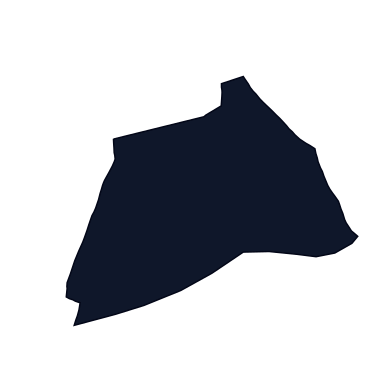 outline of Grande Riviere/Ingle Woods, Gros Islet, Saint Lucia, rotated 165°
{"feature_id": "8701671B99819358130632", "entity_name": "Grande Riviere/Ingle Woods", "entity_type": "district", "adm_level": 2, "iso_a3": "LCA", "parent_name": "Saint Lucia", "parent_adm1": "Gros Islet", "projection": "orthographic", "projection_center": [-60.956, 14.031], "detail": "fine", "context": "isolated", "style": "filled", "palette": "ink", "viewbox_px": 384, "rotation_deg": 165, "n_neighbors": 0, "source": "geoboundaries", "source_scale": "gbopen_adm2", "svg_char_len": 1428}
<svg xmlns="http://www.w3.org/2000/svg" viewBox="0 0 384 384"><g transform="rotate(165 192 192)"><path d="M340.3,93.7L339.2,93.7L324.9,93.7L297.5,93.7L267.7,94.9L228.3,99.8L193.8,108.4L158.0,120.7L133.0,114.6L106.8,104.7L88.9,97.4L69.8,96.1L50.7,101.1L43.4,106.3L46.1,110.3L48.1,113.1L50.2,119.6L51.1,122.3L51.7,125.8L51.9,132.4L52.5,137.0L52.7,141.2L53.0,145.2L55.3,151.5L56.6,154.7L58.2,159.2L59.2,163.3L60.0,169.4L60.5,173.1L60.8,178.1L61.7,182.2L62.4,188.6L62.2,192.5L62.4,197.2L62.1,202.0L65.9,206.2L67.1,207.4L69.3,209.5L71.6,212.1L74.4,215.3L77.9,220.8L79.5,224.2L82.0,228.0L83.5,231.5L86.4,237.1L88.3,240.6L90.7,244.5L92.9,248.4L96.0,253.6L98.3,257.3L100.4,260.8L102.5,264.6L104.9,270.1L106.9,273.6L108.7,277.8L109.6,281.6L111.8,287.8L112.6,290.3L135.5,289.0L136.4,285.6L136.7,282.7L137.2,280.4L138.4,276.6L141.5,267.6L158.7,262.7L161.0,261.6L253.0,263.4L254.2,263.2L254.9,260.0L255.9,255.0L257.0,250.1L257.1,247.4L257.7,243.7L259.3,241.3L262.2,237.7L267.3,232.2L271.1,228.3L273.5,225.8L275.0,223.9L276.7,221.5L278.8,218.0L281.1,214.4L284.3,208.7L289.2,201.4L291.9,198.0L294.7,195.1L300.1,187.1L303.3,182.1L307.7,175.7L310.5,171.8L316.8,164.1L320.0,159.9L323.0,156.0L330.7,144.3L333.4,140.5L336.1,136.7L337.3,133.1L337.6,131.1L340.6,123.2L338.0,120.7L334.9,118.7L333.0,116.8L330.2,114.9L328.7,114.0L331.7,107.3L334.8,102.0L337.4,98.3L339.8,94.5L340.3,93.7Z" fill="#0f172a" stroke="#020617" stroke-width="1.5"/></g></svg>